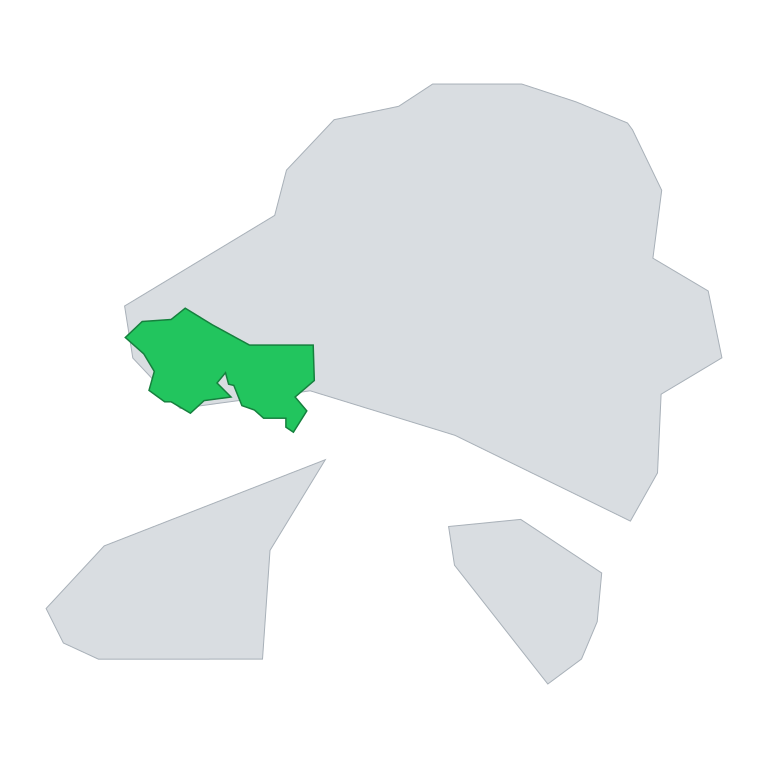 Tuen Mun on a map of Hong Kong S.A.R. (Natural Earth projection)
{"feature_id": "HKG-5166", "entity_name": "Tuen Mun", "entity_type": "state/province", "adm_level": 1, "iso_a3": "HKG", "parent_name": "Hong Kong S.A.R.", "parent_adm1": "", "projection": "natural_earth1", "projection_center": [113.971, 22.389], "detail": "fine", "context": "in_parent", "style": "filled", "palette": "green", "viewbox_px": 768, "rotation_deg": 0, "n_neighbors": 0, "source": "natural_earth", "source_scale": "10m", "svg_char_len": 1007}
<svg xmlns="http://www.w3.org/2000/svg" viewBox="0 0 768 768"><path d="M286.5,170.1L290.4,166.0L334.1,119.7L398.7,106.3L432.7,84.0L521.6,84.0L576.1,101.9L627.5,123.0L632.5,129.8L661.7,190.3L652.9,258.2L708.2,291.0L721.9,357.8L661.1,394.2L657.5,472.9L630.4,521.1L454.9,435.3L310.2,390.8L180.2,408.5L132.8,358.0L124.6,306.0L274.7,215.4L286.5,170.1ZM262.5,659.1L98.5,659.2L63.4,643.0L46.1,608.5L104.2,545.9L325.3,459.7L270.0,550.4L262.5,659.1ZM581.5,659.0L547.8,684.0L454.5,565.2L448.6,526.5L520.7,519.4L601.7,573.0L597.2,621.7L581.5,659.0Z" fill="#d9dde1" stroke="#a8b0b8" stroke-width="1"/><path d="M293.4,432.2L285.9,427.2L285.9,418.2L263.6,418.2L254.4,410.0L241.9,405.6L233.8,385.4L228.6,384.2L225.5,372.7L217.0,383.0L231.0,397.0L204.1,400.6L190.4,413.2L171.1,401.8L164.7,401.8L149.0,390.4L154.3,371.4L143.8,353.9L125.3,337.5L142.2,321.5L171.1,319.5L185.2,308.2L212.3,324.8L249.5,345.1L313.2,345.1L314.3,380.5L295.1,397.0L306.8,410.9L293.4,432.2Z" fill="#22c55e" stroke="#15803d" stroke-width="1.5"/></svg>